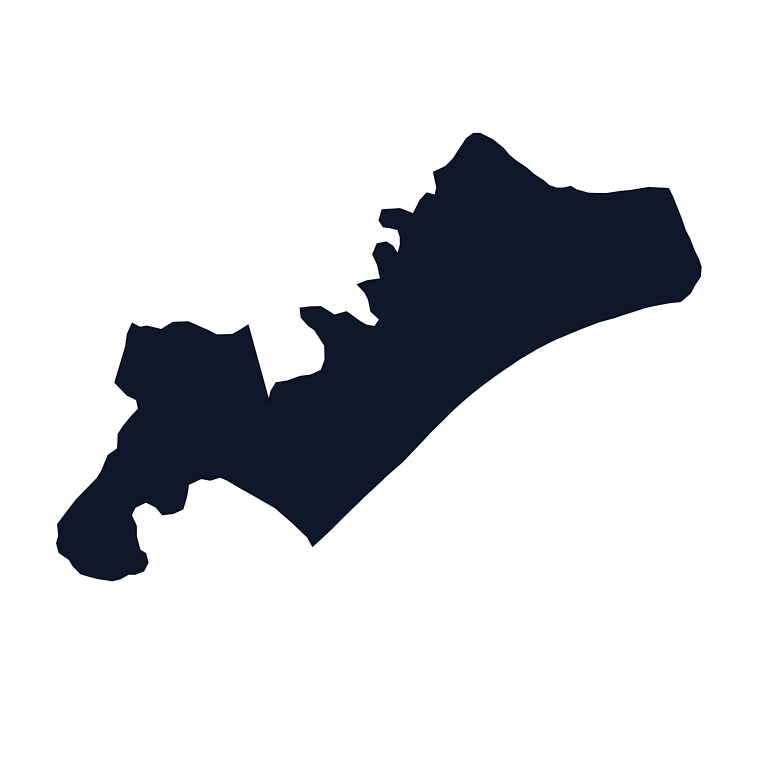 the district of Pontal do Paraná, Paraná, Brazil, rotated 17°
{"feature_id": "56859067B46066648065560", "entity_name": "Pontal do Paraná", "entity_type": "district", "adm_level": 2, "iso_a3": "BRA", "parent_name": "Brazil", "parent_adm1": "Paraná", "projection": "robinson", "projection_center": [-48.483, -25.647], "detail": "fine", "context": "isolated", "style": "filled", "palette": "ink", "viewbox_px": 768, "rotation_deg": 17, "n_neighbors": 0, "source": "geoboundaries", "source_scale": "gbopen_adm2", "svg_char_len": 2450}
<svg xmlns="http://www.w3.org/2000/svg" viewBox="0 0 768 768"><g transform="rotate(17 384 384)"><path d="M363.1,559.8L372.6,543.6L376.4,536.8L380.7,528.6L385.2,520.2L389.5,512.4L393.8,504.7L397.8,497.2L401.9,490.3L408.9,478.3L413.1,470.6L417.8,463.1L424.4,452.5L430.5,440.2L437.2,427.0L442.8,415.3L447.8,406.3L453.7,395.3L458.0,387.4L462.9,379.1L469.9,368.2L476.7,358.3L484.5,347.6L492.2,337.6L498.5,329.9L505.9,320.5L512.0,313.9L519.4,305.7L529.2,296.1L535.0,290.8L544.7,282.7L557.9,271.9L571.7,261.2L585.4,252.6L591.5,248.1L603.4,239.9L610.4,234.9L617.5,230.8L626.9,225.8L634.8,221.8L643.2,218.4L650.3,207.4L651.7,199.5L654.9,188.5L652.8,179.5L648.5,173.3L641.9,166.2L633.8,156.0L627.1,149.1L618.3,137.1L605.1,120.7L598.9,114.1L579.7,118.9L562.8,127.3L553.7,131.0L541.0,137.1L531.7,139.9L523.6,142.0L511.3,142.3L504.9,140.7L499.0,144.1L491.9,146.5L483.8,146.2L477.4,143.3L465.8,139.9L456.9,135.9L444.7,132.2L436.8,128.9L429.1,123.9L416.7,118.9L402.6,116.5L396.3,118.5L391.3,125.2L384.6,148.3L379.6,158.0L369.7,167.0L377.3,180.6L377.8,188.8L369.2,189.0L364.9,198.2L362.4,213.1L355.0,212.3L347.9,211.9L341.3,214.4L331.4,218.1L331.6,228.8L337.4,233.7L344.0,232.5L352.3,232.1L356.8,238.6L359.1,245.7L359.5,256.2L351.8,249.7L344.7,247.8L336.6,252.1L335.6,263.3L343.3,271.9L350.3,284.6L337.7,290.4L329.9,296.6L339.2,301.9L344.7,307.7L350.3,318.1L361.1,323.4L358.6,331.9L349.6,333.1L341.5,331.1L327.1,326.1L316.5,332.8L301.0,328.7L291.2,331.9L281.9,336.0L285.5,344.4L294.9,350.1L301.7,352.2L316.2,364.4L320.8,378.0L320.1,389.5L311.2,397.2L301.8,401.4L290.8,409.6L280.6,414.5L278.2,424.0L279.1,434.4L236.8,367.7L231.2,374.3L224.6,381.2L209.7,386.2L200.9,384.6L178.5,382.0L164.1,387.0L155.3,397.2L140.2,398.2L134.1,401.4L125.7,399.8L124.2,411.3L126.2,423.6L126.4,461.1L141.6,469.6L152.1,471.2L156.8,479.6L151.9,489.3L147.6,499.7L144.7,509.5L148.3,523.6L141.3,532.9L139.5,550.4L137.3,558.5L123.7,584.8L113.1,613.6L117.5,623.9L117.7,632.1L122.9,640.2L134.2,643.6L139.8,648.6L149.4,653.9L158.2,653.9L167.4,653.5L181.9,651.3L188.9,647.0L195.2,640.4L201.5,638.6L208.7,632.9L210.3,623.9L205.5,616.0L199.0,614.3L191.6,602.4L188.4,592.2L180.5,583.5L181.8,574.6L190.9,566.2L202.3,568.3L210.3,573.6L220.3,569.1L228.0,562.2L228.0,549.9L226.2,537.1L236.8,527.6L246.0,526.5L254.4,520.7L261.8,521.5L278.5,525.5L284.8,526.8L316.3,533.9L323.3,537.1L329.9,540.0L337.3,543.3L347.2,548.3L356.0,552.8L363.1,559.8Z" fill="#0f172a" stroke="#020617" stroke-width="1.5"/></g></svg>